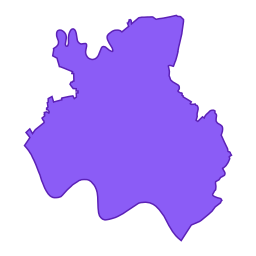 Kien Thuy, Hải Phòng, Vietnam (Equal Earth projection)
{"feature_id": "81297802B29420287983322", "entity_name": "Kien Thuy", "entity_type": "district", "adm_level": 2, "iso_a3": "VNM", "parent_name": "Vietnam", "parent_adm1": "Hải Phòng", "projection": "equal_earth", "projection_center": [106.673, 20.734], "detail": "fine", "context": "isolated", "style": "filled", "palette": "violet", "viewbox_px": 256, "rotation_deg": 0, "n_neighbors": 0, "source": "geoboundaries", "source_scale": "gbopen_adm2", "svg_char_len": 5578}
<svg xmlns="http://www.w3.org/2000/svg" viewBox="0 0 256 256"><path d="M24.5,145.6L26.2,147.5L27.9,149.6L29.4,151.7L29.7,152.3L30.3,153.2L31.2,154.5L32.8,158.0L33.8,159.9L35.4,163.5L36.1,165.2L37.6,169.1L38.4,171.2L40.0,175.1L40.5,176.8L41.7,180.7L42.5,182.5L44.0,186.3L44.8,188.2L46.3,191.0L46.7,191.6L48.2,193.9L50.0,195.8L51.5,196.8L53.1,197.5L54.8,197.7L56.8,197.6L58.5,197.4L60.9,196.6L62.5,195.1L65.1,192.2L67.3,189.8L69.0,188.2L71.0,186.4L72.5,184.9L74.1,183.8L77.7,181.5L78.9,180.6L80.5,180.1L81.4,179.7L84.1,179.5L87.1,179.6L89.0,180.2L91.1,181.6L94.0,184.9L95.1,186.7L96.3,189.4L97.2,192.6L97.7,196.9L98.1,208.0L98.6,212.8L99.5,215.8L100.9,217.7L102.5,219.1L104.5,219.8L105.1,219.9L106.9,219.7L109.1,219.3L112.1,218.5L115.3,217.5L117.8,216.4L123.0,213.6L127.6,210.5L138.6,203.2L140.8,202.6L145.6,202.2L149.7,202.8L153.2,204.3L155.9,206.2L159.2,209.6L161.5,212.7L164.0,216.1L168.9,225.5L172.6,231.6L175.8,235.7L178.0,237.9L181.2,240.6L191.3,225.0L199.5,221.5L201.3,220.3L204.2,217.9L208.8,214.1L212.0,211.2L215.2,206.9L217.8,204.9L220.5,202.8L221.1,201.2L221.5,200.8L221.9,200.4L220.8,198.6L217.4,197.7L214.4,196.5L213.2,195.7L212.8,195.3L212.7,194.9L212.7,194.4L212.7,194.1L212.9,193.8L213.7,192.5L214.6,190.8L214.8,190.5L215.3,190.2L215.5,190.0L215.7,189.4L215.9,187.0L215.9,186.0L215.8,185.3L215.5,183.1L215.6,181.9L215.9,181.5L218.5,180.1L219.0,179.8L220.5,177.6L221.0,177.2L221.7,176.9L224.1,175.5L224.5,175.2L224.8,174.6L225.0,173.4L224.9,172.8L224.8,172.5L224.6,172.0L223.0,169.2L222.6,168.6L222.6,168.3L222.8,168.1L223.2,168.1L225.2,166.4L226.1,165.5L227.9,162.8L228.8,160.9L229.6,159.0L229.7,158.6L229.7,158.3L229.2,156.9L229.3,156.6L231.5,155.2L230.5,153.6L230.4,153.1L230.2,152.6L229.9,152.2L229.6,151.9L228.5,151.7L228.2,151.5L227.9,151.1L227.7,149.5L227.5,148.6L224.4,142.2L221.9,136.6L221.2,135.2L222.0,132.6L222.4,131.3L222.5,130.4L222.6,129.8L222.6,129.0L222.6,128.0L222.3,126.9L222.1,126.4L221.6,125.8L220.5,124.9L217.5,123.1L216.8,122.2L216.5,121.7L216.2,121.2L216.1,120.6L216.1,119.8L216.1,118.9L216.5,116.0L216.5,115.3L216.4,114.8L216.2,114.3L214.9,112.8L214.9,112.1L215.0,111.0L213.7,110.2L213.2,110.2L212.3,110.2L211.7,110.3L211.1,110.4L210.5,110.7L209.9,111.0L209.4,111.5L209.0,111.9L208.8,112.2L208.5,112.5L207.9,113.0L206.9,113.9L206.1,114.7L205.3,115.7L205.0,116.2L204.2,118.0L202.5,116.8L197.8,121.4L196.1,120.3L197.0,117.3L197.2,116.6L197.2,116.1L197.1,115.3L197.1,114.2L197.2,113.2L198.1,109.3L198.1,108.2L198.0,107.3L197.4,106.0L197.0,105.5L196.0,105.2L195.6,104.9L195.3,104.3L195.2,104.0L193.8,104.2L193.0,104.4L191.9,104.2L191.3,104.4L190.6,104.0L190.2,103.7L191.3,101.8L187.4,99.4L183.2,96.9L183.1,95.8L182.1,95.4L182.1,94.3L182.1,93.4L181.8,93.0L181.5,92.9L180.8,93.0L180.3,92.8L178.7,91.9L178.3,91.6L177.9,91.0L178.7,89.8L179.0,89.4L179.3,88.4L179.3,87.5L179.2,86.6L178.8,85.7L178.1,85.0L173.0,82.0L171.0,80.3L170.5,79.6L169.7,77.1L169.3,76.3L169.2,76.0L169.1,75.3L169.3,73.5L169.4,71.4L169.0,69.2L168.3,66.0L168.7,65.7L169.1,65.5L170.0,65.4L171.1,65.6L173.3,66.3L173.5,66.1L173.9,65.0L175.1,61.7L175.5,60.9L176.1,59.0L177.0,55.8L178.0,51.7L177.8,51.6L177.9,51.3L178.3,49.2L178.7,47.0L179.3,44.6L181.8,33.8L182.0,32.2L182.1,31.4L183.5,21.6L183.5,19.5L180.6,16.7L180.1,16.5L177.9,16.4L177.4,16.3L177.1,16.0L176.6,15.5L176.3,15.4L170.1,16.8L163.5,18.1L161.5,18.4L159.6,18.6L157.5,19.0L156.2,19.3L155.9,19.2L153.5,17.5L153.0,17.1L152.6,17.0L152.1,16.9L149.3,17.0L147.7,17.0L144.4,17.2L141.9,17.2L139.1,17.7L138.6,17.9L131.5,23.9L131.2,20.8L130.9,20.1L130.2,19.6L129.6,19.8L129.0,20.1L129.3,21.0L129.1,21.2L128.6,21.7L128.4,22.1L128.5,22.7L128.3,22.9L127.4,23.1L128.7,26.3L121.9,31.9L121.2,31.4L120.3,30.7L118.7,30.2L117.2,30.1L115.5,30.2L114.6,30.3L113.0,30.9L111.9,31.5L110.4,32.6L108.4,34.2L107.3,35.9L107.1,37.0L107.2,38.3L107.6,39.8L109.2,43.1L112.2,48.0L112.7,49.7L112.8,50.7L112.6,51.3L112.1,51.5L111.2,51.2L109.4,50.3L105.4,47.0L103.7,46.5L103.3,46.6L102.6,46.7L102.0,47.1L101.5,47.8L101.1,48.7L98.3,55.6L96.8,57.6L95.2,58.8L92.9,59.5L91.5,59.4L90.0,58.9L88.4,58.1L87.1,56.6L86.1,54.8L85.7,53.2L85.6,51.8L85.9,49.7L86.6,46.3L86.6,45.3L86.5,44.4L86.1,43.8L85.5,43.5L83.8,43.6L81.3,44.0L80.0,43.6L78.7,42.6L77.8,41.5L77.3,40.1L76.2,33.3L75.5,31.1L74.7,29.8L74.1,29.3L73.2,28.9L72.4,29.0L71.8,29.2L70.8,30.1L70.1,31.3L69.4,32.8L68.9,34.4L68.6,36.1L68.4,37.9L68.5,41.9L68.5,43.4L68.1,44.8L67.6,45.9L67.0,46.2L66.3,46.2L65.9,45.8L65.6,45.3L65.4,44.6L65.4,43.7L66.2,38.7L66.3,37.3L66.2,36.2L65.9,34.9L65.4,33.8L64.7,32.8L63.9,31.9L62.6,30.9L61.2,30.2L60.3,30.1L59.2,30.1L58.2,30.5L57.6,30.9L57.1,31.6L56.7,32.7L56.6,33.7L56.6,35.1L56.7,36.1L57.2,37.8L58.3,40.7L58.4,41.2L58.5,42.0L58.4,43.1L58.3,43.8L58.1,44.4L57.7,45.1L57.1,45.8L56.4,46.6L55.7,47.1L53.5,48.6L53.7,49.7L53.7,50.0L53.5,51.1L52.7,55.8L57.1,58.2L57.5,60.0L58.5,63.3L59.4,66.6L60.2,66.7L64.6,68.4L66.5,69.2L72.6,71.7L72.6,72.4L72.5,72.7L72.2,72.9L71.9,73.0L71.8,73.4L71.9,73.6L73.7,73.6L73.9,81.0L73.0,81.1L72.4,81.9L72.2,82.1L71.4,82.0L71.0,82.2L70.0,84.2L71.4,86.3L73.2,88.6L76.2,88.7L76.1,91.0L78.0,91.0L78.0,92.9L76.2,93.0L76.4,97.1L74.3,98.6L72.9,95.9L68.9,96.5L61.9,98.0L61.9,98.5L61.6,98.6L61.8,99.8L53.6,102.0L52.0,96.5L48.2,98.6L48.2,102.0L47.9,102.5L47.3,102.7L48.0,107.0L46.9,107.9L46.6,108.1L46.6,108.9L46.6,109.5L47.3,109.2L48.3,110.5L49.2,111.7L49.2,112.3L48.8,113.1L47.1,112.1L46.5,111.9L44.3,112.5L44.7,114.0L44.2,114.3L44.7,115.9L42.0,118.1L42.3,118.7L43.0,120.0L43.2,120.3L43.7,120.7L43.9,121.1L44.0,121.8L44.1,122.6L35.3,129.7L32.5,133.6L29.8,128.9L26.0,132.5L29.5,136.9L29.9,137.6L24.5,145.6Z" fill="#8b5cf6" stroke="#5b21b6" stroke-width="1.5"/></svg>